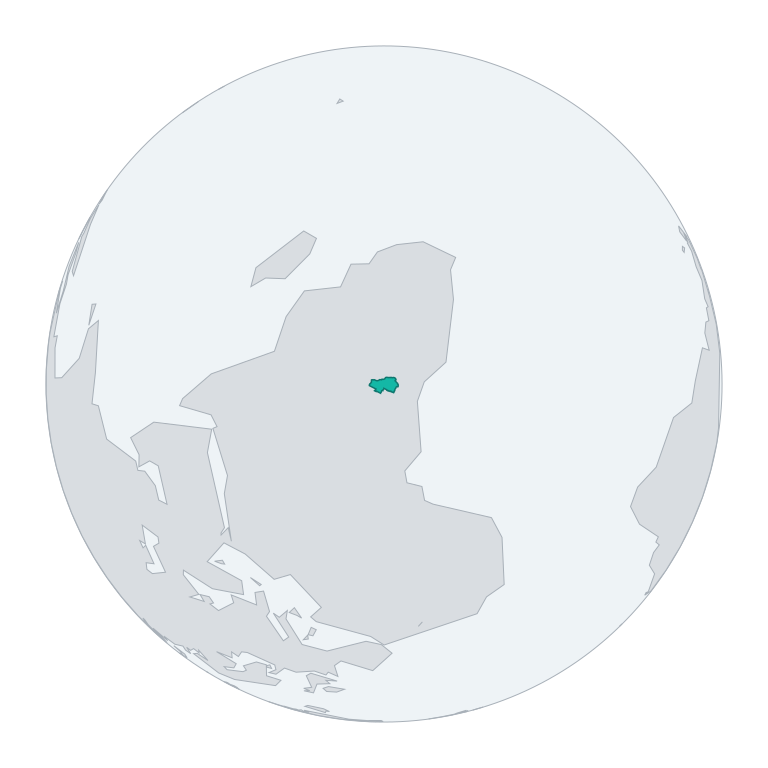 the Earth from above Lunda Norte, rotated 207°
{"feature_id": "AGO-1874", "entity_name": "Lunda Norte", "entity_type": "Province", "adm_level": 1, "iso_a3": "AGO", "parent_name": "Angola", "parent_adm1": "", "projection": "orthographic", "projection_center": [19.689, -8.666], "detail": "fine", "context": "on_globe", "style": "filled", "palette": "teal", "viewbox_px": 768, "rotation_deg": 207, "n_neighbors": 0, "source": "natural_earth", "source_scale": "10m", "svg_char_len": 8523}
<svg xmlns="http://www.w3.org/2000/svg" viewBox="0 0 768 768"><g transform="rotate(207 384 384)"><circle cx="384" cy="384" r="338" fill="#eef3f6" stroke="#a8b0b8"/><path d="M192.2,105.8L188.4,108.6L183.4,112.3L172.3,120.6L192.2,105.8ZM153.7,136.7L156.9,133.7L152.9,137.6L149.0,141.2L153.7,136.7ZM52.4,319.1L52.0,321.0L55.6,314.6L54.3,319.4L56.7,337.7L65.3,343.0L67.3,356.2L65.7,365.6L70.0,366.6L70.2,372.4L92.7,375.1L108.7,386.7L111.2,407.3L103.7,433.5L110.8,485.6L101.1,506.8L108.0,528.0L116.7,560.8L109.6,561.7L121.3,575.1L125.3,585.3L123.3,587.9L131.3,598.2L130.3,600.0L136.9,605.5L147.7,620.6L159.1,630.2L170.2,642.0L177.7,647.3L177.3,647.8L180.2,650.7L184.6,654.1L177.9,650.7L161.8,638.0L153.8,630.4L153.0,630.2L134.6,610.8L138.4,615.4L115.1,588.1L98.8,563.9L66.0,496.8L61.5,484.7L60.4,481.2L53.6,454.8L48.9,427.8L46.5,400.6L46.2,373.3L48.2,346.1L52.4,319.1ZM193.3,658.6L180.5,652.6L185.7,654.9L179.0,648.6L189.6,653.9L193.3,658.6ZM177.9,641.7L176.3,637.5L178.9,638.7L180.6,642.1L177.9,641.7ZM700.6,266.0L701.3,267.9L704.9,278.2L715.8,320.0L717.1,330.1L715.8,322.4L708.1,298.3L712.0,321.2L718.0,345.9L720.3,371.6L718.0,360.6L715.1,337.9L712.3,328.8L709.2,308.3L699.6,276.2L697.0,278.6L693.5,266.8L679.9,240.0L674.0,243.3L667.2,268.5L672.4,299.0L667.3,310.9L646.3,263.1L635.2,233.8L628.6,234.9L606.1,209.0L570.2,202.6L564.1,195.3L557.6,197.7L541.6,189.6L532.0,178.3L522.7,178.3L548.0,208.6L557.9,209.1L564.8,198.9L570.1,209.8L585.4,221.2L571.8,245.5L517.0,265.5L510.2,242.7L460.9,183.5L461.6,177.4L461.3,176.7L460.6,175.5L457.6,185.3L448.6,174.6L476.5,213.8L481.9,231.4L516.3,266.8L513.4,270.2L524.1,278.0L556.3,271.9L556.8,279.6L542.5,314.6L496.5,363.4L501.8,399.6L497.2,430.8L466.8,450.8L467.8,475.8L451.9,484.3L449.8,498.7L436.0,513.9L413.7,528.5L377.6,529.3L376.6,516.0L360.5,490.9L338.7,431.6L349.1,404.2L346.4,383.7L320.2,340.5L326.0,316.0L318.7,306.4L303.7,309.9L295.0,298.7L285.8,299.2L227.6,313.7L209.2,300.9L185.9,259.9L196.0,240.9L196.8,221.6L265.4,151.5L281.2,153.0L336.5,141.5L343.6,143.2L338.4,156.5L380.9,171.7L393.2,160.1L430.5,169.5L454.5,169.8L460.9,145.4L421.5,144.1L413.5,132.6L444.0,123.7L478.2,127.1L476.2,122.9L453.5,112.5L460.3,106.1L445.5,108.6L452.3,112.9L443.2,115.1L436.5,111.5L439.2,109.0L428.6,107.0L418.6,120.8L424.4,126.7L397.2,129.3L404.3,139.7L397.3,144.8L382.7,129.3L383.3,123.7L357.1,109.5L354.0,115.3L378.6,129.6L371.4,128.6L367.3,138.3L364.7,130.2L338.7,114.7L313.5,120.2L283.2,146.6L268.1,150.6L254.6,147.8L263.9,123.5L296.6,117.7L300.3,110.6L292.3,102.5L302.9,101.9L303.6,98.4L315.8,96.6L331.5,87.3L343.7,85.7L348.5,76.4L355.4,74.7L350.6,80.4L353.8,84.1L383.9,82.7L389.3,80.7L390.0,75.1L398.2,76.1L395.0,71.1L411.7,69.5L388.7,67.7L388.9,62.9L398.1,59.6L394.1,58.2L379.0,63.7L376.7,66.5L381.3,69.1L371.5,78.4L361.4,80.4L356.2,70.7L341.3,73.2L343.7,66.0L383.0,52.9L400.1,51.5L431.2,57.3L428.1,59.2L415.3,57.7L428.3,62.7L426.7,60.5L433.5,61.8L435.4,58.9L440.3,59.8L433.8,56.0L440.0,56.8L444.1,59.2L452.2,57.2L464.8,59.3L464.3,58.5L460.2,57.1L478.9,61.6L477.7,60.9L471.1,59.1L464.3,56.8L459.8,55.0L466.5,56.6L469.1,57.4L484.6,62.4L490.3,65.4L492.6,66.0L489.2,63.8L470.3,57.6L465.7,56.2L475.2,58.8L471.4,57.7L471.2,57.6L477.3,59.2L474.6,58.5L498.0,65.9L520.7,75.0L542.7,85.7L563.9,98.0L584.2,111.7L603.4,127.0L621.4,143.5L638.2,161.4L653.7,180.4L667.7,200.4L680.3,221.5L691.3,243.3L700.6,266.0ZM243.4,183.6L241.9,189.2L241.8,189.3L243.4,183.6ZM515.9,145.1L535.4,148.5L524.0,133.2L530.6,133.6L524.3,128.6L523.1,132.1L507.3,119.4L514.8,116.8L511.1,111.2L504.3,109.9L493.2,117.1L515.7,134.7L512.3,140.0L515.9,145.1ZM55.8,314.1L55.8,317.2L54.8,318.2L55.8,314.1ZM64.1,275.2L64.1,275.5L63.0,278.4L64.1,275.2ZM169.4,124.1L162.5,130.7L165.7,127.2L160.8,131.2L161.5,129.7L180.9,114.2L172.0,121.1L169.4,124.1ZM295.5,84.0L300.1,85.2L296.1,89.2L280.6,94.1L286.3,88.0L295.5,84.0ZM307.5,86.2L306.6,76.8L316.1,74.3L310.9,77.1L317.4,76.4L310.7,80.9L320.8,88.8L317.9,93.1L290.9,98.0L301.3,93.6L296.2,92.4L307.5,86.2ZM287.3,66.2L287.0,64.6L308.1,60.9L306.0,63.0L290.4,67.2L283.9,67.4L287.3,66.2ZM342.7,48.6L342.2,48.7L337.0,49.5L332.3,50.2L332.3,50.3L327.9,51.1L326.4,51.7L317.5,53.4L314.8,54.4L312.1,54.7L309.9,56.1L307.6,55.9L301.7,57.7L307.1,57.0L263.1,69.4L246.4,76.4L233.8,82.9L231.5,82.9L241.8,77.5L244.3,76.3L268.0,66.6L292.4,58.7L317.4,52.7L342.7,48.6ZM351.1,138.0L356.4,138.3L364.7,137.4L362.3,144.0L351.1,138.0ZM333.0,127.4L337.8,126.2L338.4,134.1L332.8,134.3L333.0,127.4ZM339.8,119.5L338.0,125.6L335.7,122.4L339.8,119.5ZM355.0,79.5L360.0,78.5L360.7,79.8L358.2,81.9L355.0,79.5ZM380.5,47.1L376.4,46.9L377.7,46.8L374.2,46.3L381.3,46.2L386.1,46.4L380.5,47.1ZM454.5,149.2L448.0,153.6L444.2,151.2L447.2,150.1L454.5,149.2ZM403.2,147.8L415.2,150.9L402.4,149.6L403.2,147.8ZM387.6,46.9L385.3,46.6L390.2,46.7L387.6,46.9ZM386.2,46.1L391.8,46.2L381.7,46.1L386.2,46.1ZM553.2,612.7L552.8,617.9L548.8,617.5L553.2,612.7ZM550.9,429.5L525.0,483.9L510.3,483.1L509.2,466.2L519.9,432.9L537.6,424.7L546.8,410.3L550.9,429.5ZM718.6,431.6L718.7,427.9L718.6,420.0L719.5,415.1L719.7,422.4L718.6,431.6ZM719.4,414.6L718.0,393.0L709.8,339.5L712.9,342.7L720.2,378.2L719.9,382.6L720.8,398.7L719.4,414.6ZM721.6,399.2L721.9,380.9L721.8,374.8L721.6,399.2ZM673.7,302.3L680.3,322.5L677.0,324.5L673.7,302.3ZM444.2,51.5L441.3,51.7L443.8,53.1L452.5,55.4L438.9,52.9L435.1,50.6L444.2,51.5ZM411.7,47.2L411.4,47.2L409.2,47.0L411.7,47.2ZM661.3,577.1L662.3,575.7L665.3,571.2L661.3,577.1ZM677.5,551.5L686.8,534.0L686.2,535.2L677.5,551.5Z" fill="#d9dde1" stroke="#a8b0b8" stroke-width="1"/><path d="M389.4,373.7L389.3,374.0L389.1,374.5L388.9,375.0L388.9,375.3L388.9,375.6L388.9,375.9L389.1,375.9L389.6,375.9L390.0,375.9L390.4,375.9L390.8,375.9L391.3,375.9L391.7,375.9L392.1,375.9L392.5,375.9L393.0,375.9L393.4,375.9L393.8,375.9L394.2,375.9L394.7,375.9L395.1,375.9L395.5,375.9L395.9,375.9L396.1,375.9L396.3,375.9L396.4,376.0L396.5,376.3L396.5,376.5L396.7,376.8L396.7,377.0L396.6,377.3L396.7,377.7L396.6,377.8L396.5,378.0L396.4,378.3L396.3,378.5L396.2,378.9L396.2,379.0L396.2,379.4L396.1,379.5L396.1,380.1L396.3,380.3L396.4,380.6L396.5,380.8L396.6,381.0L396.7,381.4L396.7,381.7L396.8,381.8L397.0,381.9L397.0,382.0L396.6,382.3L396.4,382.5L395.8,382.7L395.5,382.8L395.3,382.9L395.1,383.0L394.9,383.3L394.1,383.5L393.7,383.5L393.4,383.4L393.2,383.4L392.8,383.5L392.7,383.5L392.2,383.6L391.8,383.7L391.7,383.7L391.5,383.8L391.3,384.0L391.1,384.2L390.7,384.5L390.4,384.8L390.2,385.1L390.2,385.3L390.1,385.6L389.9,385.9L389.6,386.0L389.2,386.2L388.3,386.6L388.2,386.6L388.1,386.9L388.0,387.1L388.0,387.3L387.8,387.4L387.7,387.5L387.3,387.5L387.2,387.6L386.9,387.7L386.0,388.5L385.9,388.6L385.7,388.9L385.6,390.1L385.5,390.4L385.3,390.7L385.0,390.9L384.6,391.2L383.8,391.4L383.6,391.6L383.3,391.7L382.7,391.8L382.3,392.1L382.0,392.3L381.6,392.5L381.4,392.5L381.0,392.9L380.8,393.0L380.7,393.1L380.3,393.2L379.7,393.3L379.4,393.4L379.2,393.5L379.0,393.8L378.8,393.9L378.3,394.2L377.9,394.3L376.8,394.2L376.8,394.3L376.7,394.3L376.4,394.2L375.8,393.8L375.5,393.6L375.4,393.4L375.2,393.1L375.3,392.7L375.5,392.5L375.6,392.3L375.7,392.2L375.6,391.9L373.1,391.0L372.5,390.8L372.4,390.7L372.1,390.7L372.0,390.4L371.8,390.1L371.7,390.1L371.4,390.0L371.3,389.9L371.2,389.9L371.1,389.7L370.8,389.5L370.8,389.4L370.8,389.2L370.7,389.1L370.6,388.8L370.5,388.7L370.3,388.2L370.3,387.9L370.5,387.7L371.4,387.4L371.5,387.4L371.6,387.2L371.8,386.7L371.7,385.9L371.6,385.7L371.7,385.4L371.8,385.0L371.8,384.0L371.7,383.6L371.5,383.3L371.5,383.1L371.4,382.9L371.4,382.7L371.5,382.4L371.7,382.2L371.5,381.8L371.5,381.1L371.4,381.0L371.4,380.9L371.4,380.7L371.5,380.6L371.8,380.7L372.0,380.7L372.5,380.5L372.8,380.6L373.3,380.4L373.6,380.4L373.7,380.5L374.0,380.7L374.7,380.7L374.7,380.4L374.8,380.2L375.2,380.1L375.3,380.1L375.7,380.1L376.0,380.1L376.3,380.2L376.5,380.1L377.0,380.1L377.1,379.8L377.1,379.7L377.6,379.7L378.0,379.7L378.4,379.7L378.5,379.7L378.5,379.9L378.7,380.1L378.9,380.1L379.7,380.1L380.4,380.1L381.1,380.1L381.9,380.1L382.1,380.1L381.9,379.6L381.9,379.3L382.0,379.0L382.1,378.8L382.2,378.5L382.2,378.3L382.2,378.2L382.1,377.9L382.0,377.7L382.5,377.6L382.7,377.2L382.8,377.1L383.0,377.0L383.0,376.8L382.8,376.4L382.8,376.2L382.8,375.1L382.9,374.9L383.1,374.6L383.1,374.4L383.0,374.2L383.3,374.2L383.6,374.2L383.8,374.2L384.1,374.2L384.3,374.2L384.6,374.2L384.8,374.2L385.0,374.2L385.3,374.2L385.5,374.2L385.8,374.2L386.0,374.2L386.3,374.2L386.5,374.2L386.8,374.2L387.0,374.2L387.3,374.2L387.5,374.2L387.6,373.9L387.6,373.7L387.8,373.7L388.1,373.7L388.6,373.7L389.1,373.7L389.4,373.7Z" fill="#14b8a6" stroke="#0f766e" stroke-width="1.5"/></g></svg>